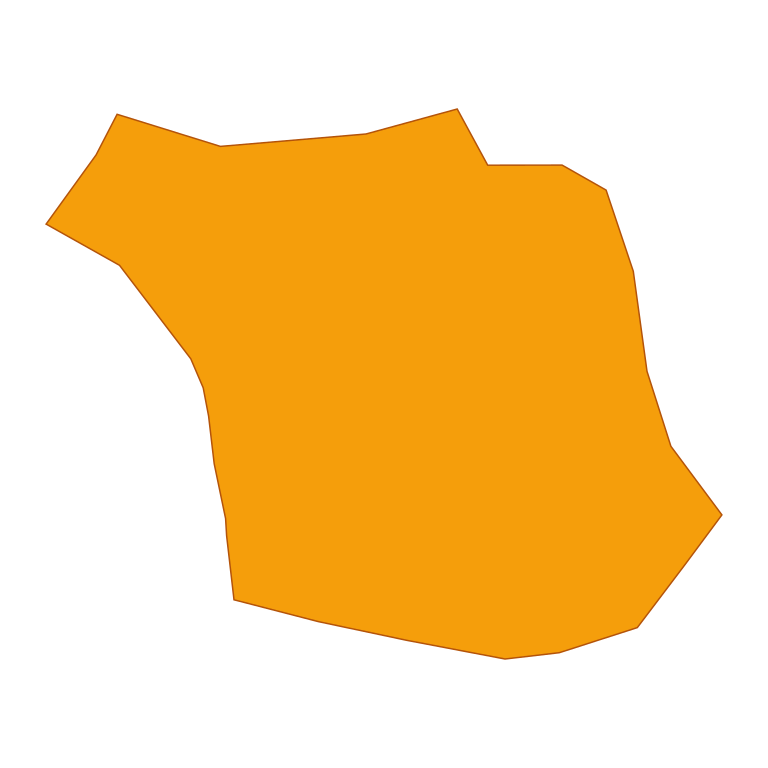 an SVG outline of Ligatnes
{"feature_id": "LVA-5789", "entity_name": "Ligatnes", "entity_type": "Municipality", "adm_level": 1, "iso_a3": "LVA", "parent_name": "Latvia", "parent_adm1": "", "projection": "albers", "projection_center": [25.054, 57.179], "detail": "fine", "context": "isolated", "style": "filled", "palette": "amber", "viewbox_px": 768, "rotation_deg": 0, "n_neighbors": 0, "source": "natural_earth", "source_scale": "10m", "svg_char_len": 466}
<svg xmlns="http://www.w3.org/2000/svg" viewBox="0 0 768 768"><path d="M220.4,146.4L365.9,134.0L457.2,109.0L487.7,165.2L562.1,165.1L606.1,190.1L633.3,271.3L647.0,371.3L670.9,446.3L721.9,514.9L684.7,565.0L637.3,627.6L559.3,652.7L505.0,659.0L406.6,640.3L318.3,621.6L234.0,599.8L226.6,535.6L225.6,518.6L214.2,463.8L208.6,416.1L203.2,387.8L190.8,358.8L119.5,265.3L46.1,224.1L96.1,154.9L117.1,114.3L220.4,146.4Z" fill="#f59e0b" stroke="#b45309" stroke-width="1.5"/></svg>